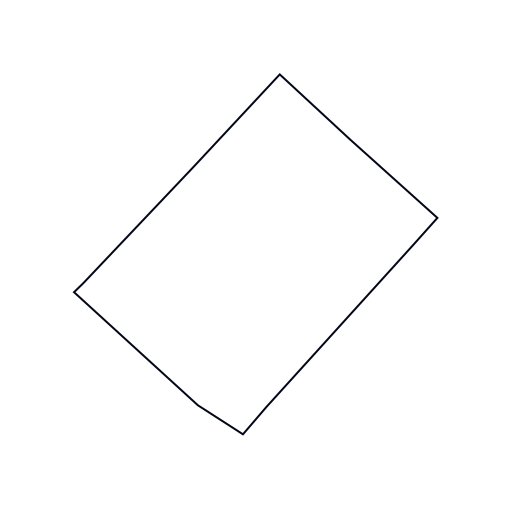 outline of McLennan, Texas, United States of America, rotated 343°
{"feature_id": "52423323B56606150013880", "entity_name": "McLennan", "entity_type": "district", "adm_level": 2, "iso_a3": "USA", "parent_name": "United States of America", "parent_adm1": "Texas", "projection": "albers", "projection_center": [-97.233, 31.554], "detail": "fine", "context": "isolated", "style": "outline", "palette": "ink", "viewbox_px": 512, "rotation_deg": 343, "n_neighbors": 0, "source": "geoboundaries", "source_scale": "gbopen_adm2", "svg_char_len": 295}
<svg xmlns="http://www.w3.org/2000/svg" viewBox="0 0 512 512"><g transform="rotate(343 256 256)"><path d="M156.8,381.8L191.4,422.7L221.5,403.6L408.9,291.8L440.6,272.6L380.1,172.2L331.8,89.3L222.0,152.7L82.9,231.5L71.4,237.4L156.8,381.8Z" fill="none" stroke="#020617" stroke-width="2"/></g></svg>